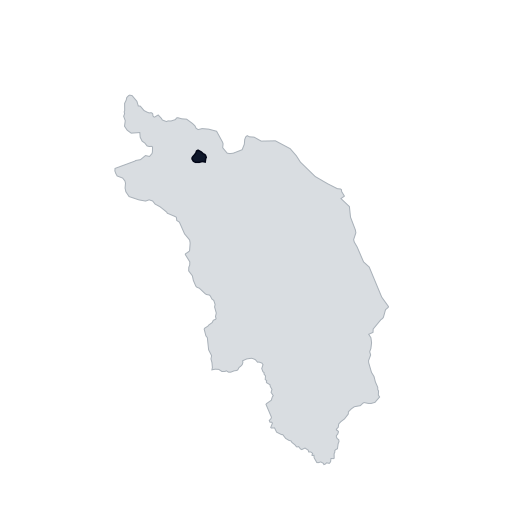 Xalzan, Sühbaatar, Mongolia (highlighted), rotated 229°
{"feature_id": "93677404B22998636655266", "entity_name": "Xalzan", "entity_type": "district", "adm_level": 2, "iso_a3": "MNG", "parent_name": "Mongolia", "parent_adm1": "Sühbaatar", "projection": "orthographic", "projection_center": [113.029, 46.302], "detail": "fine", "context": "in_parent", "style": "filled", "palette": "ink", "viewbox_px": 512, "rotation_deg": 229, "n_neighbors": 0, "source": "geoboundaries", "source_scale": "gbopen_adm2", "svg_char_len": 4026}
<svg xmlns="http://www.w3.org/2000/svg" viewBox="0 0 512 512"><g transform="rotate(229 256 256)"><path d="M54.0,170.4L55.4,170.8L58.1,169.8L59.1,167.5L60.2,166.4L65.6,167.5L67.6,169.0L68.5,167.6L69.0,167.5L69.8,169.2L71.2,169.0L72.2,168.7L73.5,167.2L75.2,168.0L78.9,167.0L79.9,163.5L81.3,163.0L84.2,163.1L85.0,161.6L85.8,161.4L87.9,161.5L91.8,160.8L93.5,161.1L95.2,159.9L98.9,158.7L103.7,159.0L104.4,158.1L109.5,156.0L114.1,157.2L116.1,154.7L116.9,154.6L119.1,158.8L120.5,158.7L121.3,157.5L123.2,158.1L123.4,160.6L124.2,161.9L137.5,166.2L137.7,167.2L137.1,172.9L139.0,176.0L139.3,177.4L143.2,177.9L144.8,180.5L148.2,181.2L149.7,182.1L153.4,180.9L154.1,181.1L154.9,182.3L156.7,181.9L159.3,184.5L161.7,184.6L162.6,185.6L164.1,185.3L167.3,186.5L169.4,190.0L171.3,190.2L174.0,188.7L174.8,187.5L178.2,187.5L180.3,186.5L181.8,185.5L184.4,181.5L185.7,177.2L184.2,176.2L183.1,174.4L182.8,171.9L183.0,170.2L182.0,167.4L182.4,166.1L183.7,164.1L184.9,160.7L186.4,159.0L188.8,158.3L189.2,156.9L191.2,154.5L194.9,153.5L197.4,150.9L199.0,148.0L200.4,149.9L204.4,152.8L207.9,154.5L209.9,157.1L216.3,158.7L226.3,165.7L228.6,165.8L234.8,168.9L235.2,169.8L234.6,173.8L234.9,174.9L234.5,179.3L235.5,181.6L234.7,184.1L235.2,185.0L236.8,185.6L239.0,188.6L244.7,191.3L246.2,193.3L250.2,195.0L252.4,194.5L255.8,195.3L257.1,195.2L259.5,193.3L260.9,192.9L268.9,192.1L271.2,190.9L272.7,190.8L278.7,192.7L282.8,195.0L288.9,195.4L291.6,197.9L292.7,200.1L295.0,202.2L303.5,203.6L303.9,204.1L303.4,208.7L303.7,209.5L309.0,214.8L311.6,216.4L319.6,216.6L331.8,220.4L334.8,219.5L337.3,221.2L338.3,221.1L346.5,217.1L347.7,217.4L356.0,215.9L361.4,213.9L365.3,214.1L368.5,212.2L369.9,208.7L375.1,204.5L384.1,199.2L389.8,199.9L393.1,201.7L396.6,205.3L398.6,206.3L402.3,206.5L407.5,203.7L410.2,204.3L412.8,205.3L414.6,207.1L407.1,226.8L407.0,227.9L404.5,232.0L404.3,238.5L401.0,240.9L401.5,244.6L402.3,245.9L406.2,249.5L407.4,249.0L408.5,247.4L410.5,246.0L414.2,246.2L417.4,245.4L421.6,246.5L425.4,249.3L430.6,242.4L435.5,241.3L440.2,241.9L443.9,246.1L448.3,247.8L449.6,250.2L451.3,251.1L451.9,252.3L457.4,257.0L458.8,260.3L460.4,262.5L460.6,265.0L460.3,266.2L458.3,267.7L450.9,267.6L446.5,265.6L445.0,267.0L439.3,266.9L436.2,268.1L434.1,269.2L432.9,270.9L432.0,271.3L431.0,271.3L429.3,270.1L427.8,270.2L427.4,270.5L426.6,274.7L421.8,274.9L420.2,274.5L416.2,276.6L415.7,278.2L413.6,280.5L411.8,284.7L412.3,286.5L411.7,287.7L408.2,290.0L404.8,293.4L397.7,295.0L394.3,295.3L391.8,294.6L389.4,295.2L387.5,298.9L382.8,303.5L376.0,308.1L363.7,305.4L362.2,304.7L359.6,301.9L352.5,301.7L350.4,303.5L348.5,306.3L345.3,315.3L348.0,320.5L351.3,323.9L352.6,326.3L352.6,328.3L350.3,329.2L347.0,332.5L339.3,335.3L330.2,346.2L314.6,352.2L305.2,352.2L297.7,351.1L277.2,352.8L263.7,357.4L253.5,361.5L251.2,363.7L250.1,364.0L248.4,362.9L243.2,362.0L243.6,357.8L232.0,358.9L223.3,352.8L210.5,348.1L208.0,346.6L204.3,340.4L202.0,339.3L196.3,338.2L181.0,333.3L173.4,334.2L142.5,323.9L130.9,322.8L130.5,322.2L130.5,318.5L126.2,312.0L125.8,310.5L126.0,308.4L124.0,296.5L121.6,294.2L123.0,289.7L118.9,289.1L114.7,286.3L110.8,282.0L109.2,279.0L106.1,277.6L103.2,272.3L101.5,271.0L92.4,266.8L87.6,266.0L82.7,263.5L77.0,261.7L75.4,260.3L73.7,259.9L70.8,257.1L68.5,256.8L67.5,249.8L69.2,246.1L71.0,244.1L74.5,241.4L74.8,240.0L74.6,236.6L77.7,231.4L78.1,227.8L77.8,223.5L76.2,222.0L75.0,215.9L75.3,211.5L75.0,208.3L72.8,205.7L72.6,203.0L71.8,202.5L71.0,203.1L69.3,203.0L68.0,200.9L67.7,198.8L66.8,198.0L65.0,197.5L63.1,197.9L61.5,196.9L60.4,194.8L57.1,191.0L57.6,189.1L57.4,187.7L56.3,186.9L55.5,185.2L52.1,182.3L52.3,181.4L54.0,179.8L51.8,177.3L51.4,175.3L53.6,173.6L53.5,171.9L54.0,170.4Z" fill="#d9dde1" stroke="#a8b0b8" stroke-width="1"/><path d="M372.2,272.5L371.3,271.4L368.6,270.9L366.5,271.7L364.0,274.5L363.3,275.9L363.1,276.4L362.3,277.7L360.2,279.3L362.5,281.9L363.1,283.2L365.3,284.0L366.4,283.9L367.7,283.2L368.5,283.2L370.4,283.0L373.9,281.7L374.3,280.1L374.1,279.7L373.3,278.4L372.7,275.8L372.5,273.9L372.2,272.5Z" fill="#0f172a" stroke="#020617" stroke-width="1.5"/></g></svg>